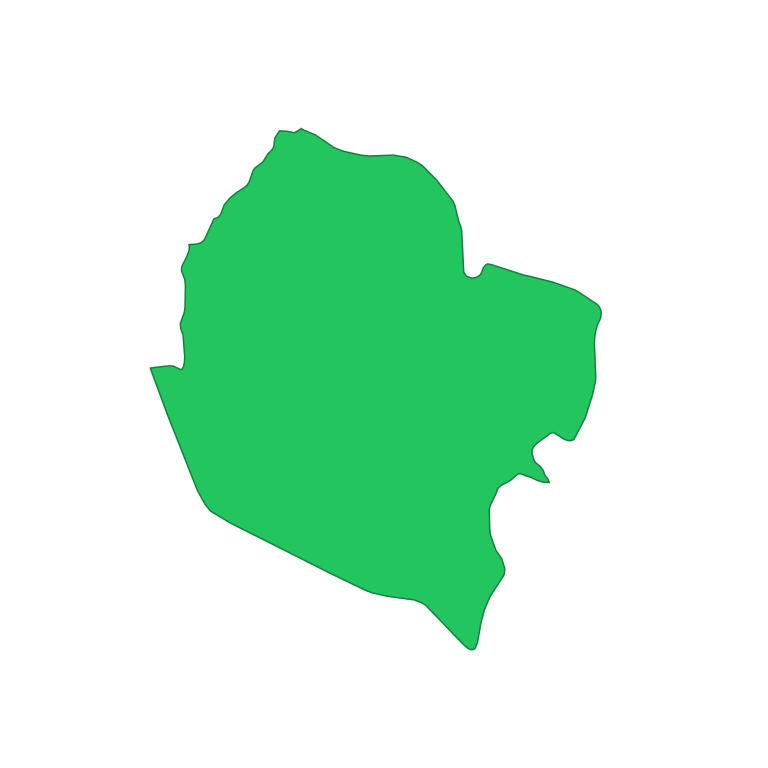 an SVG outline of Oruro, rotated 50°
{"feature_id": "BOL-1937", "entity_name": "Oruro", "entity_type": "Department", "adm_level": 1, "iso_a3": "BOL", "parent_name": "Bolivia", "parent_adm1": "", "projection": "albers", "projection_center": [-67.639, -18.613], "detail": "fine", "context": "isolated", "style": "filled", "palette": "green", "viewbox_px": 768, "rotation_deg": 50, "n_neighbors": 0, "source": "natural_earth", "source_scale": "10m", "svg_char_len": 2510}
<svg xmlns="http://www.w3.org/2000/svg" viewBox="0 0 768 768"><g transform="rotate(50 384 384)"><path d="M151.9,443.8L156.8,436.9L158.1,433.6L158.2,429.7L157.6,427.9L148.2,408.2L148.1,407.9L149.3,405.4L149.6,403.0L149.2,400.6L148.1,398.4L144.1,391.3L142.5,382.6L142.6,373.5L143.7,365.0L143.7,361.0L142.5,357.3L136.3,347.0L135.6,344.1L136.0,334.4L135.7,332.9L133.2,325.4L133.0,323.8L132.9,322.0L132.3,317.9L130.6,315.0L125.4,309.5L122.9,301.3L127.8,296.1L134.0,291.1L135.2,283.5L135.1,283.3L136.8,282.8L149.0,276.5L171.1,270.2L179.6,265.5L193.9,254.5L199.8,248.9L214.6,229.8L224.0,221.8L225.6,220.7L236.2,215.8L241.7,214.2L261.9,212.6L288.3,213.6L293.4,215.2L306.8,221.9L312.4,223.9L316.1,225.7L349.2,250.7L350.2,251.1L351.1,251.3L353.2,251.5L355.5,251.1L359.1,248.8L360.3,247.4L361.2,245.6L361.6,244.4L362.1,242.5L362.3,241.4L362.2,240.3L362.0,239.4L361.0,237.0L359.4,234.4L358.9,233.2L358.5,231.7L358.2,229.2L358.4,228.0L359.0,227.1L362.2,224.6L390.1,207.1L394.2,203.9L414.8,189.0L434.7,177.3L438.3,175.9L460.4,169.5L461.9,169.4L463.4,169.6L465.6,170.0L466.8,170.5L467.9,171.0L470.3,173.0L471.7,174.6L472.9,176.2L473.9,178.0L476.1,182.9L479.0,187.0L483.0,191.7L483.5,192.5L487.4,196.2L515.0,217.5L518.0,220.5L526.7,231.8L539.4,251.8L548.6,274.4L547.2,277.8L545.5,279.4L543.6,280.7L541.6,281.7L530.1,285.3L528.8,288.2L527.7,304.6L528.0,308.6L528.7,310.8L529.7,312.6L531.0,314.1L532.6,315.3L538.3,317.9L540.4,318.3L542.5,318.3L546.9,317.5L551.3,317.4L553.1,317.8L556.6,319.2L558.2,319.5L561.8,319.5L565.7,320.7L561.8,325.0L556.9,328.2L549.3,331.8L545.1,334.6L541.5,336.4L539.7,338.0L539.0,339.2L538.9,340.3L539.2,346.1L539.1,349.0L538.8,351.2L537.1,359.0L537.0,361.1L537.1,363.3L537.3,364.0L537.4,364.3L539.4,367.5L545.3,380.5L546.6,382.6L547.6,383.7L549.4,385.3L563.4,396.5L568.3,399.6L583.2,405.1L593.8,406.2L602.4,409.8L604.8,411.8L606.8,413.9L607.7,415.7L615.0,439.3L615.4,440.3L621.7,452.6L629.8,463.9L642.1,478.5L645.1,484.2L644.9,485.9L644.1,487.5L642.5,488.7L640.5,489.6L635.6,490.5L615.1,492.0L579.9,494.3L575.9,495.8L568.9,499.6L548.7,517.9L536.6,527.2L529.9,530.9L495.2,546.6L444.2,568.5L392.4,590.8L369.9,598.6L361.2,598.4L345.8,595.4L269.5,570.0L222.3,553.1L221.6,552.7L228.9,541.4L232.6,536.2L234.9,533.9L241.6,530.8L243.0,529.6L241.7,526.2L238.8,522.7L235.3,519.4L217.4,506.5L211.4,504.3L206.8,501.3L200.9,491.1L197.1,486.9L181.2,473.1L175.9,469.4L167.9,466.7L165.6,465.2L163.7,462.7L159.7,453.4L156.6,447.8L154.5,445.5L151.9,443.8Z" fill="#22c55e" stroke="#15803d" stroke-width="1.5"/></g></svg>